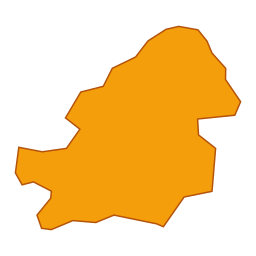 outline of Birmingham
{"feature_id": "GBR-5690", "entity_name": "Birmingham", "entity_type": "Metropolitan Borough", "adm_level": 1, "iso_a3": "GBR", "parent_name": "United Kingdom", "parent_adm1": "", "projection": "equal_earth", "projection_center": [-1.881, 52.484], "detail": "fine", "context": "isolated", "style": "filled", "palette": "amber", "viewbox_px": 256, "rotation_deg": 0, "n_neighbors": 0, "source": "natural_earth", "source_scale": "10m", "svg_char_len": 560}
<svg xmlns="http://www.w3.org/2000/svg" viewBox="0 0 256 256"><path d="M234.8,115.2L197.6,119.0L198.5,134.9L215.6,148.4L212.0,191.3L184.1,197.0L163.4,226.7L156.5,223.8L113.9,215.1L95.8,222.5L72.8,220.6L51.3,229.6L41.6,228.3L37.0,215.1L50.7,198.3L51.4,191.2L33.5,181.9L22.1,184.8L15.4,172.9L18.8,147.3L42.2,151.8L66.4,148.4L79.9,129.2L65.5,117.9L80.8,92.0L103.3,86.3L112.3,68.3L135.6,57.0L148.0,40.9L166.1,29.3L178.7,26.4L197.9,29.8L207.0,41.1L212.0,53.1L225.7,68.4L225.5,79.5L240.6,101.7L234.8,115.2Z" fill="#f59e0b" stroke="#b45309" stroke-width="1.5"/></svg>